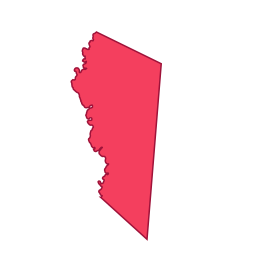 Puerto Alegría, Amazonas, Colombia, rotated 42°
{"feature_id": "7082276B15256258741932", "entity_name": "Puerto Alegría", "entity_type": "district", "adm_level": 2, "iso_a3": "COL", "parent_name": "Colombia", "parent_adm1": "Amazonas", "projection": "orthographic", "projection_center": [-73.853, -0.95], "detail": "fine", "context": "isolated", "style": "filled", "palette": "rose", "viewbox_px": 256, "rotation_deg": 42, "n_neighbors": 0, "source": "geoboundaries", "source_scale": "gbopen_adm2", "svg_char_len": 5603}
<svg xmlns="http://www.w3.org/2000/svg" viewBox="0 0 256 256"><g transform="rotate(42 128 128)"><path d="M216.6,198.0L109.7,58.0L40.3,77.8L40.3,78.2L40.1,79.5L39.9,80.1L39.6,80.6L39.4,81.2L39.4,81.7L39.6,82.1L40.0,82.6L41.1,83.5L41.2,83.8L41.5,84.5L41.8,84.8L42.3,85.2L43.3,85.5L43.6,86.3L43.6,86.6L43.4,86.8L42.6,87.1L42.2,87.5L42.0,88.0L41.7,88.6L41.7,88.8L41.8,89.1L42.2,89.3L42.0,90.2L42.1,90.6L42.2,91.1L42.5,91.4L42.8,91.6L43.2,91.9L44.6,92.6L45.4,93.1L45.5,93.4L45.5,94.7L45.9,95.2L46.3,95.3L46.3,95.5L46.2,95.8L46.1,96.0L45.2,96.8L44.4,96.8L43.5,97.2L42.8,97.3L42.5,97.4L42.1,97.8L41.8,97.9L41.7,98.1L41.4,98.4L41.3,98.9L41.3,99.0L41.7,99.4L41.9,100.5L42.2,101.0L42.9,101.7L43.5,101.9L43.7,102.0L44.4,102.8L44.5,103.1L44.7,103.3L45.2,103.6L45.6,103.7L46.3,104.0L46.7,104.1L47.1,104.1L48.1,103.5L48.2,103.9L48.3,104.0L48.6,104.2L49.1,104.5L49.5,104.6L49.8,104.9L49.9,105.2L49.9,105.5L49.2,105.9L48.9,106.4L48.9,107.2L49.0,107.8L49.2,108.3L49.4,108.5L49.5,108.6L49.9,108.3L50.2,108.2L50.8,108.4L51.2,108.3L51.5,108.2L51.8,108.1L52.0,107.8L52.3,106.5L52.4,106.4L52.6,106.5L52.8,106.8L53.3,108.1L53.3,108.3L53.2,108.4L53.0,108.9L52.9,109.5L52.4,110.2L52.5,111.3L52.5,111.5L52.8,111.7L53.5,112.2L54.1,112.7L54.4,112.8L54.7,112.8L55.0,112.8L55.8,112.5L56.3,112.1L56.9,111.6L57.1,111.5L57.3,111.5L57.3,112.1L57.0,113.1L56.8,113.2L56.3,113.6L55.6,114.0L55.5,114.3L55.4,114.7L55.0,115.7L55.0,116.2L55.4,117.1L55.6,117.9L55.6,118.5L55.2,119.0L54.9,119.1L54.4,119.0L54.3,118.9L54.0,118.4L53.8,118.1L53.2,117.6L52.3,117.2L51.6,117.0L51.2,116.9L50.4,117.1L49.3,118.0L49.1,118.3L48.9,119.0L48.9,119.7L49.3,120.8L49.8,121.2L50.4,121.4L51.0,121.0L51.6,121.0L52.0,121.1L52.9,121.8L53.3,122.0L54.5,122.5L54.8,123.1L54.9,123.6L54.9,125.0L55.0,125.4L55.5,126.2L56.1,126.9L56.3,127.3L56.2,127.6L55.9,128.3L55.6,128.5L54.7,129.0L54.5,130.9L54.7,131.3L54.9,131.7L55.4,131.9L55.8,132.2L56.2,132.3L56.5,132.5L56.9,132.9L57.0,133.1L57.8,133.7L58.2,134.2L58.5,134.3L59.0,134.7L59.3,134.8L60.0,134.7L61.0,135.5L61.8,135.8L63.2,135.7L63.9,135.8L64.4,135.8L65.9,135.7L66.4,135.6L67.4,135.2L68.1,135.3L68.6,135.5L69.7,136.0L71.0,137.3L72.4,137.9L74.1,138.9L74.6,139.1L74.7,139.3L75.1,139.6L75.3,139.8L76.5,140.1L77.2,140.7L78.1,141.0L78.3,141.0L78.6,141.2L79.3,141.1L79.8,140.9L80.0,140.9L81.0,141.3L82.0,141.5L82.6,141.4L82.8,141.3L83.6,140.7L84.1,140.1L84.3,139.7L85.0,138.8L85.2,138.3L85.2,137.9L84.9,137.2L85.2,136.0L85.7,135.3L86.0,135.0L86.5,135.1L86.8,135.3L87.1,135.6L87.4,136.3L87.7,136.5L87.5,137.1L87.3,137.5L86.6,138.6L86.4,139.3L86.3,139.5L86.2,140.3L86.3,140.5L86.3,140.8L86.0,141.5L86.0,141.9L86.1,142.4L86.4,142.9L86.9,144.2L87.7,145.3L87.7,145.8L87.9,146.0L88.0,146.4L88.1,146.7L88.4,146.9L89.1,147.2L90.3,147.9L91.3,148.2L91.8,148.2L92.3,147.9L92.7,147.5L92.9,147.1L92.9,146.9L92.9,146.0L93.1,145.7L93.4,145.4L93.8,145.1L94.1,145.0L94.4,145.0L94.9,145.3L95.4,145.8L95.6,146.2L95.6,146.5L95.4,147.0L94.5,147.8L93.8,148.6L93.6,149.0L93.4,149.7L93.4,150.2L93.6,150.4L94.2,150.8L95.1,151.1L95.6,151.2L96.1,151.2L96.9,151.3L97.7,151.2L98.0,151.1L98.3,150.9L98.8,150.4L99.1,150.0L99.3,149.9L99.6,149.8L100.1,149.8L101.4,150.3L101.7,150.6L101.8,150.9L101.7,151.3L101.9,152.2L102.2,152.7L102.4,153.2L102.5,153.5L102.5,153.9L102.3,154.7L102.5,155.2L102.6,155.5L103.0,156.3L103.6,157.4L104.1,158.0L105.1,158.8L105.5,159.4L105.8,159.9L106.2,161.0L106.2,161.3L106.0,162.0L106.1,162.5L106.4,163.0L106.8,163.3L107.7,163.8L108.1,164.0L108.8,164.3L109.3,164.4L110.3,164.4L110.6,164.6L111.7,165.0L111.9,165.2L112.5,165.4L113.1,165.9L113.3,165.9L113.9,166.0L114.8,166.1L115.2,166.1L115.4,166.0L115.7,165.7L116.1,164.9L116.4,164.8L117.0,165.3L117.2,165.5L117.2,165.8L117.2,166.0L116.9,166.4L116.8,166.6L116.8,167.0L117.4,167.2L118.0,167.5L118.5,167.6L118.8,167.5L119.7,167.1L119.9,166.9L120.2,166.2L120.3,165.9L120.4,165.3L120.7,164.9L121.1,164.5L121.1,164.4L121.2,163.7L121.0,161.7L121.1,160.4L121.3,160.0L121.6,159.7L121.9,159.7L122.0,159.8L121.9,160.3L121.8,160.8L122.0,162.4L122.0,163.6L122.1,164.2L122.3,164.6L122.9,165.6L123.2,165.9L123.9,166.4L124.3,166.4L124.7,166.4L125.8,166.6L126.6,166.6L126.9,166.5L127.2,166.4L127.9,166.4L128.1,166.2L128.3,165.9L128.6,165.7L129.1,165.2L129.7,164.9L129.9,164.8L130.2,164.9L130.9,165.0L131.6,165.4L132.1,166.0L132.6,167.0L133.0,167.5L133.4,167.9L134.4,168.5L135.5,168.7L136.3,168.7L137.0,168.2L137.5,167.8L137.8,168.1L137.8,169.1L137.7,169.5L137.6,170.3L137.6,171.1L138.0,172.3L138.1,173.2L138.2,174.1L138.6,174.7L139.1,175.2L139.7,175.5L140.2,175.9L140.5,176.1L140.9,176.2L142.0,176.1L142.4,175.9L142.6,175.8L142.9,175.4L143.1,175.0L143.5,174.8L143.9,175.0L144.1,175.3L144.1,175.7L144.0,175.8L144.0,176.3L143.4,176.6L143.2,176.7L142.7,176.9L142.5,177.4L142.5,178.3L142.8,179.0L142.8,179.7L142.6,179.8L142.6,180.1L142.3,181.1L142.3,181.4L142.4,181.9L142.8,182.5L143.3,182.7L143.9,182.7L144.7,182.5L144.9,182.5L145.2,182.7L145.5,183.2L145.6,183.6L145.9,184.5L146.3,185.2L146.3,185.5L146.2,185.9L145.9,186.5L145.7,186.6L145.4,187.1L144.7,187.2L144.4,187.1L143.5,186.5L143.0,186.4L142.8,186.4L142.5,186.5L142.1,186.7L141.8,187.0L141.7,187.6L141.8,188.0L142.1,188.2L142.4,188.4L143.3,188.8L143.6,188.9L144.4,189.0L145.3,188.9L145.6,188.9L145.7,189.1L145.8,189.2L146.6,189.3L147.1,189.3L147.5,189.0L147.9,189.0L148.2,189.2L148.4,189.5L148.5,189.8L148.8,190.5L148.9,191.0L148.9,191.5L148.8,192.5L148.4,193.3L148.4,193.6L148.5,194.2L148.8,194.6L149.0,194.9L149.4,195.1L151.0,195.4L151.1,195.5L151.5,195.7L152.1,195.9L152.8,196.0L153.3,196.0L153.7,195.8L154.0,195.7L154.3,196.4L154.4,197.1L154.2,197.5L153.9,197.8L216.6,198.0Z" fill="#f43f5e" stroke="#9f1239" stroke-width="1.5"/></g></svg>